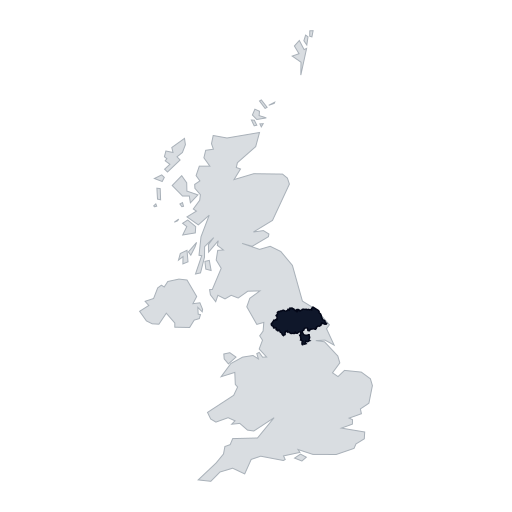 location of North Yorkshire within United Kingdom
{"feature_id": "GBR-2140", "entity_name": "North Yorkshire", "entity_type": "Administrative County", "adm_level": 1, "iso_a3": "GBR", "parent_name": "United Kingdom", "parent_adm1": "", "projection": "mercator", "projection_center": [-1.361, 54.089], "detail": "fine", "context": "in_parent", "style": "filled", "palette": "ink", "viewbox_px": 512, "rotation_deg": 0, "n_neighbors": 0, "source": "natural_earth", "source_scale": "10m", "svg_char_len": 7168}
<svg xmlns="http://www.w3.org/2000/svg" viewBox="0 0 512 512"><path d="M274.1,417.7L253.8,431.0L247.5,430.1L239.8,423.4L231.7,424.2L235.0,420.8L228.1,417.7L215.9,422.1L210.7,419.0L207.5,412.4L233.7,395.3L237.6,387.0L235.3,384.4L234.8,372.4L221.1,376.7L230.9,363.5L242.7,357.1L253.0,355.5L258.4,358.9L256.8,353.6L259.2,352.4L262.6,357.2L266.6,357.0L259.2,349.0L262.5,340.2L259.7,335.8L263.1,331.1L263.8,322.4L256.8,324.4L246.8,306.8L249.8,298.3L259.9,290.9L247.8,291.2L238.2,298.0L231.2,295.3L225.0,298.9L217.9,295.3L215.7,301.7L210.4,294.8L209.6,289.6L212.3,289.5L221.2,268.3L216.2,260.0L217.7,250.4L223.4,250.0L217.3,245.3L218.3,240.7L208.6,252.1L208.4,244.6L213.7,237.6L204.6,246.6L204.5,257.1L200.5,272.9L195.5,274.0L201.7,255.7L199.0,255.3L201.0,236.8L209.2,215.2L198.3,224.9L187.0,216.9L196.4,211.1L193.3,209.0L199.7,200.3L200.4,194.7L194.9,188.3L194.7,184.4L199.9,180.9L196.1,175.6L199.3,166.2L209.9,166.2L203.9,157.8L205.7,150.3L213.4,149.2L211.5,143.7L213.2,135.5L227.0,138.0L259.5,132.5L255.7,146.6L237.4,162.7L236.3,167.5L240.5,169.0L234.0,179.6L253.8,173.7L282.5,174.1L287.4,178.1L289.4,184.1L272.5,220.4L253.4,232.0L263.4,230.6L268.9,234.0L268.4,236.7L252.2,246.3L242.1,243.4L259.6,249.4L270.2,246.3L280.8,251.5L292.4,265.4L302.4,301.1L315.6,309.2L329.4,324.8L326.5,328.7L334.1,345.1L325.0,340.1L315.8,340.6L324.5,341.8L337.8,356.0L339.8,362.9L332.5,372.8L338.0,376.6L344.5,370.4L361.3,372.1L370.4,378.8L372.4,385.6L368.9,403.2L360.4,408.9L361.4,413.7L349.1,418.1L352.5,419.7L352.4,424.1L341.4,428.1L364.7,432.0L364.3,438.8L356.0,443.9L354.0,448.4L336.2,454.5L312.9,454.4L298.0,449.5L299.9,452.4L283.5,455.9L285.2,459.5L283.4,460.5L260.7,456.2L251.2,459.4L244.7,473.9L232.6,468.2L220.0,472.0L210.8,481.3L198.2,479.9L216.1,463.0L223.5,454.0L224.9,446.5L230.2,444.6L232.7,438.6L257.5,438.0L274.1,417.7ZM189.6,327.5L174.8,327.2L174.8,323.0L166.3,313.2L158.9,324.2L152.2,323.8L146.4,320.9L139.6,311.3L148.8,305.5L145.1,301.3L153.6,298.5L157.7,287.9L161.4,285.2L164.2,287.0L167.8,281.5L178.9,279.1L187.0,280.0L196.7,296.5L192.9,303.7L199.9,302.8L202.6,309.4L202.2,311.8L197.8,307.4L198.2,314.2L200.5,314.6L199.3,318.6L194.2,320.1L189.6,327.5ZM185.4,144.7L182.4,152.5L177.0,156.8L180.1,160.0L167.5,172.0L164.6,169.2L169.9,164.3L165.2,160.8L166.9,158.7L164.4,156.7L165.9,151.0L173.0,152.5L171.8,147.5L184.5,138.4L185.4,144.7ZM186.7,182.8L186.9,191.1L197.9,194.9L190.4,202.8L189.3,196.0L182.5,196.0L172.2,185.5L181.7,175.7L186.7,182.8ZM299.3,40.5L304.1,49.6L306.6,48.4L300.8,75.1L301.0,62.2L292.2,56.1L299.0,53.7L294.4,46.0L299.3,40.5ZM195.3,232.9L182.7,235.0L186.8,226.6L182.6,223.3L187.7,220.0L195.7,226.6L195.3,232.9ZM229.8,352.7L236.0,357.1L228.4,363.9L224.2,358.9L223.8,354.0L229.8,352.7ZM187.0,250.3L188.0,261.8L182.9,263.9L183.0,256.6L178.5,260.1L180.3,253.5L187.0,250.3ZM259.5,111.3L259.1,115.6L266.3,117.9L256.8,119.5L252.4,115.0L254.9,109.2L259.5,111.3ZM211.1,270.5L205.8,269.1L204.9,261.4L209.3,260.4L211.1,270.5ZM306.3,457.2L301.9,461.0L294.6,458.1L300.5,454.1L306.3,457.2ZM190.8,255.2L188.4,251.9L196.6,242.4L194.9,247.2L190.8,255.2ZM161.7,174.9L164.3,177.4L162.2,181.5L154.4,178.5L161.7,174.9ZM160.6,199.8L157.5,199.1L156.9,188.2L160.2,188.6L160.6,199.8ZM306.8,45.0L303.9,40.7L305.6,35.1L308.0,36.8L306.8,45.0ZM267.1,107.3L265.1,108.4L259.5,101.0L261.3,99.9L267.1,107.3ZM256.8,125.2L254.2,125.8L251.4,120.0L254.3,120.2L256.8,125.2ZM313.1,30.7L311.9,36.9L309.7,36.2L309.8,30.8L313.1,30.7ZM274.2,103.4L268.7,105.3L274.7,102.2L274.2,103.4ZM183.5,206.3L181.9,206.7L179.9,204.0L182.5,202.6L183.5,206.3ZM263.2,123.7L261.3,126.9L259.9,123.9L263.2,123.7ZM177.6,220.8L174.3,222.2L178.7,219.1L177.6,220.8ZM156.7,206.2L154.6,206.8L153.7,205.9L155.8,203.9L156.7,206.2Z" fill="#d9dde1" stroke="#a8b0b8" stroke-width="1"/><path d="M313.0,307.1L318.1,310.3L318.8,311.0L319.1,311.5L319.1,311.9L319.0,312.2L319.1,312.6L319.4,313.0L320.1,313.6L320.5,313.9L320.8,314.5L321.2,315.5L321.5,316.5L321.5,317.3L321.6,317.6L321.7,317.9L321.9,318.1L322.2,318.2L322.1,318.6L322.2,318.9L322.6,319.6L322.8,319.8L323.8,320.1L324.0,320.2L324.3,320.5L324.8,320.8L325.0,321.2L325.2,322.3L325.9,323.1L326.7,323.4L326.7,323.5L326.4,323.9L326.1,324.2L324.4,324.1L324.0,323.7L323.0,323.6L322.6,322.9L322.0,322.7L321.6,323.0L321.5,324.0L320.8,324.6L321.0,325.0L320.9,325.3L319.3,326.2L318.5,326.0L317.9,326.2L317.1,326.8L316.3,327.2L316.2,327.3L316.4,327.6L316.3,328.3L315.7,328.6L315.6,329.3L314.8,329.2L314.1,328.7L310.4,329.3L309.8,330.1L309.5,330.7L308.9,330.7L308.1,330.6L307.7,330.0L307.7,329.2L307.7,328.4L307.2,328.0L306.7,327.9L305.7,327.9L304.9,328.2L304.4,328.4L304.1,328.9L304.0,329.7L303.6,330.3L303.2,330.4L302.8,330.5L302.4,330.8L302.3,331.7L302.7,333.0L303.6,334.5L304.5,335.1L305.9,335.3L307.2,335.3L308.5,334.7L309.2,334.8L309.2,336.1L309.7,337.2L309.4,338.0L309.4,338.8L308.7,339.8L308.8,340.1L309.6,340.6L309.2,340.7L308.2,341.4L307.3,341.7L305.6,341.0L305.6,341.8L305.2,342.5L306.1,343.6L305.2,343.8L304.8,344.2L304.5,344.1L304.2,343.9L303.1,344.0L302.8,344.7L302.4,344.7L302.0,344.1L302.0,343.0L302.0,342.6L302.5,341.8L302.8,341.6L302.9,341.1L302.6,340.9L301.7,340.8L301.0,340.0L300.6,340.0L300.7,339.6L301.1,339.2L301.0,338.7L300.7,338.3L300.6,337.9L300.6,336.8L300.1,335.7L299.8,335.5L299.7,335.2L300.6,335.1L300.7,334.5L300.6,333.8L301.0,333.0L300.9,332.5L300.0,331.8L298.7,332.0L297.9,332.6L297.8,332.9L297.6,333.1L297.1,333.3L295.9,333.1L295.6,332.5L295.2,332.1L294.9,332.6L294.9,333.2L294.8,333.3L294.1,333.5L292.7,333.3L291.4,333.5L290.7,333.4L290.3,332.9L289.8,332.8L289.5,332.2L289.0,331.8L288.1,332.0L287.9,332.3L287.3,331.9L287.2,331.0L286.6,331.4L285.6,331.2L285.3,331.5L285.4,332.3L284.9,332.9L285.1,333.7L285.1,334.5L284.8,334.8L284.2,334.8L283.5,335.6L282.7,335.0L282.0,334.0L281.8,333.0L280.2,332.1L280.1,331.4L279.8,330.9L279.0,330.8L278.9,330.6L278.9,330.2L277.8,330.8L277.5,330.7L277.2,330.0L276.4,329.9L276.1,329.5L276.3,328.8L276.1,328.7L276.1,328.1L275.9,327.9L275.3,327.7L274.2,328.0L273.7,328.0L273.5,327.7L273.5,326.7L273.3,326.4L272.0,325.7L271.4,325.0L271.3,324.4L271.4,323.5L272.1,323.1L272.2,322.7L273.6,320.8L273.7,320.3L274.8,320.4L275.3,319.8L276.0,319.5L276.5,319.9L277.0,319.8L277.1,319.6L277.2,318.9L276.9,318.2L277.1,317.8L277.1,316.7L276.9,316.3L276.2,315.8L276.1,315.5L277.6,314.1L277.6,313.7L277.3,312.7L277.8,312.0L278.5,311.5L279.7,311.6L280.3,311.0L280.6,311.2L281.0,311.4L281.9,310.7L283.2,310.2L284.1,310.5L285.3,311.2L285.9,311.2L287.8,310.2L287.8,309.7L288.1,309.2L288.4,309.3L289.3,310.1L289.5,309.4L289.8,308.8L289.8,308.2L290.2,308.2L290.8,308.4L291.0,308.1L291.8,308.1L292.2,308.1L292.7,308.5L292.9,309.0L293.0,309.1L293.7,308.9L293.9,309.1L294.2,309.8L295.3,310.8L295.6,310.8L295.4,310.2L296.2,310.3L296.4,310.6L296.7,311.5L297.0,311.8L297.2,311.7L297.3,311.4L296.8,310.1L296.8,309.6L297.0,309.5L297.3,309.5L297.6,309.8L297.7,310.2L298.0,310.3L298.2,309.7L298.7,309.9L298.8,309.7L299.1,309.9L299.3,310.7L300.0,310.7L300.1,310.9L301.9,309.9L302.0,309.9L302.3,309.4L303.1,309.2L303.6,309.2L305.1,309.5L306.1,309.2L307.1,309.7L308.4,309.4L308.9,309.5L309.4,309.9L310.6,309.6L311.6,309.9L311.6,308.8L311.8,308.2L312.2,307.8L312.8,307.5L313.0,307.1L313.0,307.1Z" fill="#0f172a" stroke="#020617" stroke-width="1.5"/></svg>